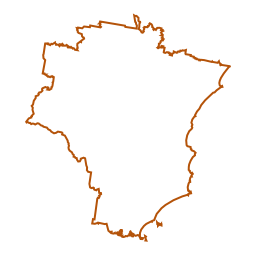 Mid-Coast, New South Wales, Australia
{"feature_id": "25037944B78442704405462", "entity_name": "Mid-Coast", "entity_type": "district", "adm_level": 2, "iso_a3": "AUS", "parent_name": "Australia", "parent_adm1": "New South Wales", "projection": "natural_earth1", "projection_center": [152.11, -32.076], "detail": "fine", "context": "isolated", "style": "outline", "palette": "amber", "viewbox_px": 256, "rotation_deg": 0, "n_neighbors": 0, "source": "geoboundaries", "source_scale": "gbopen_adm2", "svg_char_len": 5660}
<svg xmlns="http://www.w3.org/2000/svg" viewBox="0 0 256 256"><path d="M92.2,223.5L94.9,223.8L97.3,223.0L98.2,223.5L98.3,222.7L104.8,224.1L106.6,223.8L108.4,230.7L110.6,232.6L111.1,231.7L111.6,231.7L111.4,232.5L111.9,233.3L113.4,233.6L114.7,232.9L114.7,233.4L116.3,233.4L117.2,232.5L118.0,233.6L117.6,234.2L117.9,234.8L119.1,235.3L119.6,234.4L119.2,231.8L120.7,230.0L121.8,230.0L122.0,230.7L121.6,231.6L121.9,231.9L121.3,232.6L121.7,233.5L120.1,234.7L121.0,235.8L122.4,235.6L122.3,236.3L121.4,236.5L123.2,237.0L124.8,236.7L125.6,236.0L127.2,236.3L128.4,235.4L129.4,235.5L129.3,233.9L130.3,232.3L130.2,231.6L130.5,231.4L131.3,232.9L132.8,233.7L131.3,234.6L131.4,235.7L131.9,236.2L131.6,236.3L133.1,236.4L133.9,234.9L135.7,235.8L137.9,235.0L139.2,235.9L140.6,239.0L142.5,239.1L143.1,238.1L140.6,237.9L139.9,236.3L140.0,232.9L141.2,229.6L143.9,226.0L146.3,223.9L151.0,221.5L151.9,221.8L152.1,220.9L154.1,220.2L156.7,213.9L161.5,208.2L165.6,204.9L173.5,200.2L182.3,196.4L187.5,194.8L188.2,195.3L188.4,193.9L191.1,193.3L190.7,191.5L189.6,191.7L189.1,190.9L188.7,191.2L188.1,190.6L187.7,187.1L188.6,183.5L189.3,182.2L190.2,182.0L190.1,180.7L189.7,180.4L190.3,177.7L191.2,176.5L191.8,176.5L191.4,175.5L192.8,173.9L192.0,172.7L191.2,173.2L190.6,172.9L189.6,171.2L189.8,170.8L188.7,169.9L188.8,166.8L189.2,164.3L190.7,160.6L192.8,157.1L195.0,155.3L194.8,154.0L195.6,152.8L194.1,151.3L191.6,150.3L191.4,149.2L190.8,149.0L190.6,147.0L187.4,146.2L186.6,145.1L186.2,140.3L187.2,135.3L189.2,131.2L191.8,128.7L192.3,127.6L191.7,126.3L192.4,124.8L191.4,122.7L192.3,119.5L194.3,116.7L195.5,116.2L195.0,115.2L197.0,111.5L199.4,108.7L201.2,105.1L205.1,100.3L213.1,92.7L214.6,92.4L216.6,90.3L221.0,87.1L222.4,86.9L222.1,85.9L220.8,86.5L219.7,85.2L219.3,83.0L219.8,80.6L221.0,77.8L223.8,73.4L228.7,67.1L229.8,66.5L229.7,66.2L221.4,64.9L219.7,65.5L221.0,64.2L219.2,62.7L218.9,61.3L217.6,62.8L212.5,61.9L212.2,61.4L211.7,61.9L204.1,60.1L201.1,59.8L200.2,59.9L200.1,60.4L199.2,60.3L199.3,59.6L196.6,59.2L196.7,58.7L195.2,58.5L195.3,57.9L193.7,57.6L193.8,56.7L190.6,56.0L190.8,55.0L185.7,54.2L185.4,53.4L185.9,50.0L184.1,50.6L182.5,50.3L181.7,50.9L180.3,50.6L179.7,51.8L178.2,51.4L177.5,51.9L177.4,52.6L176.6,52.8L173.8,51.5L173.7,53.0L172.2,53.8L172.0,55.5L169.7,54.9L170.2,53.3L168.8,53.1L168.9,52.5L168.3,52.3L166.7,52.2L165.4,52.9L164.1,52.6L163.7,52.2L164.6,47.8L163.2,47.6L163.4,46.3L161.5,45.9L161.2,47.5L159.8,47.3L158.1,48.2L157.6,47.8L158.3,47.5L158.1,46.9L158.9,45.5L158.9,43.7L159.8,43.5L160.7,42.2L160.5,41.4L161.6,40.4L162.8,40.5L163.6,39.2L162.4,38.8L162.7,38.1L162.0,37.8L162.6,37.3L162.6,35.9L161.2,35.4L162.6,34.7L161.0,32.7L161.7,31.7L163.0,31.0L162.5,30.7L162.6,30.0L161.0,30.0L161.5,28.4L159.5,27.8L157.2,27.9L155.9,29.9L154.8,29.0L153.7,29.9L153.3,29.3L153.7,28.7L152.6,26.9L152.2,26.9L152.2,25.4L151.4,24.2L149.8,23.3L149.4,23.8L149.7,24.1L149.2,25.3L148.4,26.4L147.8,26.1L147.3,27.2L144.4,26.9L144.2,28.1L143.9,28.1L144.3,28.9L143.3,30.8L143.8,31.5L142.7,32.7L141.6,32.4L140.5,30.4L138.7,29.0L139.3,27.1L139.4,23.9L140.2,22.4L140.1,21.8L138.9,21.5L138.4,20.7L138.5,17.9L136.5,15.9L135.2,16.0L134.2,15.4L135.2,21.9L135.9,22.5L136.1,24.0L136.9,25.6L136.6,28.6L125.3,26.9L125.0,25.7L100.1,21.5L99.8,22.3L100.5,22.7L99.6,23.4L100.0,23.4L99.9,24.1L100.4,24.5L99.8,25.7L101.0,26.9L100.5,27.4L90.2,25.5L89.9,27.2L84.1,26.5L82.2,28.3L78.1,27.6L78.0,28.3L76.9,28.1L77.4,29.2L77.0,29.9L77.9,31.1L77.7,31.9L78.5,32.9L81.8,34.1L82.0,36.1L82.7,37.1L83.8,37.6L84.1,38.7L81.2,40.8L81.1,42.1L80.1,41.7L77.4,43.7L77.2,45.4L77.7,47.8L77.3,47.9L77.0,49.4L77.5,50.2L75.0,49.8L74.0,48.4L73.1,48.1L72.7,48.5L71.1,47.0L70.7,47.6L69.4,46.9L69.1,47.5L67.8,47.4L67.5,46.7L68.0,46.0L66.6,44.9L65.5,45.7L63.0,45.7L63.2,44.8L62.3,43.8L61.5,44.6L60.7,44.4L61.2,45.3L60.1,45.2L59.5,46.1L58.2,44.6L56.1,44.8L56.0,43.9L54.9,43.2L54.9,42.6L52.4,44.2L51.3,43.8L50.2,45.1L49.0,44.5L48.5,43.5L47.6,43.4L47.5,44.1L45.4,43.2L45.3,42.7L43.6,54.0L43.2,54.9L43.5,58.2L45.2,60.1L42.7,73.5L44.4,74.0L44.7,73.7L45.2,74.6L46.1,74.6L45.8,74.9L48.0,76.7L48.4,76.3L50.1,77.2L51.1,76.4L52.2,76.9L52.4,76.3L53.8,77.1L53.2,81.8L52.6,82.4L52.9,83.0L52.5,85.6L52.1,86.9L51.4,87.2L51.4,88.7L49.4,89.9L47.6,89.6L48.5,88.8L48.4,87.7L47.8,87.3L47.2,87.9L45.4,87.0L42.5,88.3L42.0,89.1L42.5,90.6L42.1,91.1L40.6,92.4L39.3,92.4L38.4,93.6L38.8,94.5L38.1,95.4L35.7,96.2L35.7,98.0L33.8,100.8L33.0,104.6L31.7,105.9L32.8,107.7L32.5,109.8L33.7,113.8L32.0,115.5L32.0,116.2L31.2,116.5L31.3,117.5L28.8,118.4L26.2,121.8L26.6,122.5L27.6,122.0L29.2,123.0L30.1,122.9L31.2,124.1L32.3,123.6L33.7,123.7L35.2,124.5L37.4,123.3L38.7,123.5L41.2,125.5L42.6,125.8L43.4,126.7L46.9,127.6L48.3,129.4L50.3,130.3L51.2,131.6L54.0,133.3L56.1,132.8L57.9,131.6L61.8,132.4L62.5,133.2L62.1,134.5L64.9,135.6L67.7,140.7L67.8,142.0L68.7,143.3L68.5,144.2L69.0,145.8L68.5,147.2L68.7,149.0L69.6,150.6L72.0,152.4L72.6,154.0L73.8,155.0L73.6,156.7L74.9,157.0L75.4,157.9L76.7,158.1L76.9,159.5L78.2,161.5L79.9,161.3L80.8,159.5L80.8,158.7L83.6,157.7L85.1,158.3L86.3,165.4L87.1,167.4L86.9,170.1L88.1,171.8L91.1,172.4L89.4,183.8L90.1,187.4L91.4,188.1L93.3,187.6L93.9,188.0L93.8,188.7L94.4,189.7L96.4,190.3L97.0,189.5L98.7,188.9L99.2,192.9L100.9,193.0L101.1,194.1L99.1,195.6L99.6,196.5L98.8,198.0L97.9,197.7L97.3,198.7L94.5,219.4L93.0,219.1L92.2,223.5ZM160.4,224.2L158.5,223.2L158.0,223.5L157.1,222.4L157.3,224.2L158.2,224.4L158.2,225.4L158.0,225.7L158.0,225.8L158.5,225.3L159.0,226.1L158.5,224.4L159.3,225.0L160.1,224.7L160.4,224.2ZM145.1,236.0L145.4,237.6L146.0,236.6L145.1,236.0ZM160.8,224.5L161.2,225.4L161.5,225.5L161.5,224.6L161.1,224.7L161.1,224.1L160.8,224.5ZM146.1,239.8L145.6,240.5L146.4,240.6L146.1,239.8Z" fill="none" stroke="#b45309" stroke-width="2"/></svg>